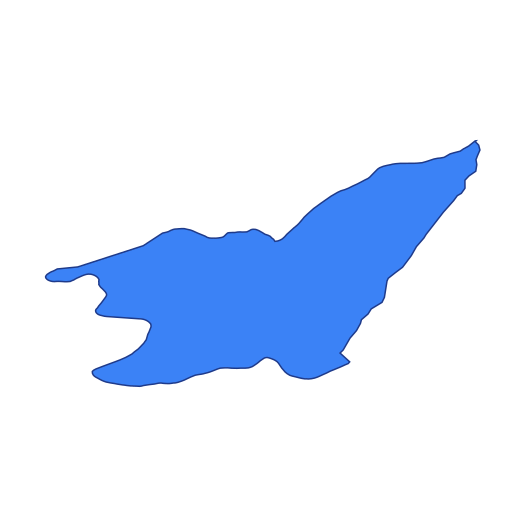 the district of Chalon, Anse-la-Raye, Saint Lucia, rotated 99°
{"feature_id": "8701671B73025224751915", "entity_name": "Chalon", "entity_type": "district", "adm_level": 2, "iso_a3": "LCA", "parent_name": "Saint Lucia", "parent_adm1": "Anse-la-Raye", "projection": "equal_earth", "projection_center": [-61.044, 13.92], "detail": "fine", "context": "isolated", "style": "filled", "palette": "blue", "viewbox_px": 512, "rotation_deg": 99, "n_neighbors": 0, "source": "geoboundaries", "source_scale": "gbopen_adm2", "svg_char_len": 4488}
<svg xmlns="http://www.w3.org/2000/svg" viewBox="0 0 512 512"><g transform="rotate(99 256 256)"><path d="M107.8,56.7L108.0,57.5L114.2,63.2L117.8,67.9L120.5,70.7L123.1,76.7L124.8,80.3L127.0,83.0L127.9,84.1L129.1,85.6L130.4,89.3L131.1,92.0L132.4,95.5L133.7,98.0L135.0,100.5L136.4,103.3L137.9,106.6L139.1,111.4L139.7,114.3L140.5,119.3L141.4,124.5L142.0,128.3L142.9,132.1L143.9,135.4L144.8,137.5L146.1,141.0L147.5,144.3L149.5,147.7L151.1,149.4L155.1,152.3L157.9,154.3L160.2,155.9L161.9,157.5L164.0,160.5L166.8,164.2L169.0,167.2L171.7,171.3L174.5,175.2L176.6,178.7L178.3,182.3L180.4,185.4L182.2,187.6L185.3,191.4L193.5,199.9L200.1,206.5L206.5,211.7L210.3,214.6L212.1,215.6L217.3,218.8L219.2,220.2L222.2,222.9L223.6,224.0L229.8,229.0L232.4,230.6L234.9,232.6L236.5,234.6L237.8,237.0L238.6,239.6L236.8,241.2L235.8,243.1L235.0,244.2L234.4,244.9L233.7,247.0L233.4,248.7L233.1,250.6L232.0,253.1L231.2,255.3L230.5,257.1L229.9,259.7L229.8,261.0L230.1,263.3L230.7,264.9L232.3,266.9L233.6,268.8L234.0,270.7L234.5,273.3L234.7,275.5L235.2,277.9L236.1,280.6L236.6,283.6L237.1,285.9L237.5,287.3L238.0,287.9L239.1,288.8L241.3,290.4L242.5,291.7L243.1,293.0L244.0,295.8L244.7,298.5L245.0,300.8L245.3,302.4L245.5,304.7L245.2,307.2L244.4,309.2L243.5,312.9L242.6,316.8L241.9,319.4L241.1,322.3L240.6,324.8L240.4,328.2L240.2,331.2L240.6,333.8L241.2,336.5L241.7,338.5L242.1,340.3L242.7,341.9L244.1,344.3L245.6,346.3L246.6,348.4L248.0,351.9L263.5,369.0L294.7,430.4L299.9,450.3L301.6,452.5L302.7,454.1L303.6,455.7L304.6,457.0L305.6,458.1L306.9,459.5L308.1,460.2L309.2,460.6L310.4,460.3L311.4,459.2L311.7,458.8L312.2,457.8L312.5,456.9L312.9,454.9L313.0,453.1L312.8,451.0L312.4,449.5L312.0,447.4L311.7,445.1L311.5,443.0L311.3,440.6L311.0,438.8L310.6,437.1L310.2,435.5L309.1,433.9L308.2,432.3L306.9,430.8L305.8,429.3L304.8,427.7L303.6,425.9L302.4,424.0L301.5,422.4L300.7,420.7L300.1,418.8L299.8,416.2L300.0,414.2L300.4,412.4L301.2,410.3L302.4,408.6L303.8,407.4L306.0,407.3L307.2,406.9L308.7,406.8L309.7,406.0L311.2,404.5L312.5,402.5L313.4,401.3L315.0,399.2L315.9,398.4L317.1,397.6L318.4,397.5L319.9,398.0L321.6,398.9L323.2,399.7L326.8,401.6L329.9,403.5L332.1,404.5L333.8,405.7L335.2,405.9L336.4,405.4L337.2,404.7L338.0,403.5L338.4,402.6L338.8,400.9L339.0,398.6L339.2,396.2L339.1,393.8L336.3,361.6L336.1,359.8L336.1,357.6L336.3,356.0L336.6,354.7L337.1,353.2L337.8,351.7L339.4,349.5L340.7,348.9L342.4,348.6L347.8,349.8L350.3,350.6L355.9,351.3L357.8,352.3L359.7,353.2L366.2,357.7L369.7,361.1L372.2,363.2L374.4,366.0L376.6,368.9L379.8,373.9L382.4,378.4L385.3,383.6L389.0,390.2L392.6,396.4L394.2,398.5L395.6,399.6L397.2,399.3L397.9,398.9L399.1,398.0L400.0,396.8L400.7,395.3L401.5,393.0L402.2,391.1L403.0,388.7L403.5,386.6L403.9,384.4L404.0,382.0L404.1,379.9L404.1,377.8L404.1,376.4L404.1,375.4L404.2,373.5L404.2,371.1L404.2,369.2L404.2,367.5L404.1,365.8L404.1,363.3L404.0,361.3L403.9,359.2L403.7,357.9L403.6,356.5L403.3,354.4L402.9,350.5L402.4,348.8L401.5,346.8L399.8,341.5L398.3,336.2L397.8,334.9L396.8,332.2L396.3,329.9L396.3,327.9L396.1,325.6L395.8,323.0L395.5,321.4L395.0,319.6L394.4,317.8L394.0,315.9L393.1,313.6L392.5,312.4L391.3,310.1L389.8,307.5L388.2,305.2L385.5,301.2L384.4,299.3L383.3,297.5L382.7,295.9L382.0,293.9L381.3,291.6L380.7,289.9L379.9,288.1L378.8,285.5L377.6,283.1L376.4,281.0L375.4,279.3L374.5,277.8L373.5,276.1L372.4,273.9L372.0,272.2L371.4,269.5L370.9,266.5L370.6,262.5L369.9,257.2L369.2,253.9L368.8,251.3L368.5,249.4L367.7,246.1L367.0,244.5L365.9,242.5L365.0,241.4L363.6,239.9L362.1,238.3L360.7,237.0L358.7,235.3L357.0,233.5L355.3,231.6L354.7,230.0L354.5,229.0L354.6,227.1L355.0,224.9L355.2,223.9L355.6,222.2L356.1,220.7L357.1,218.6L358.4,217.0L359.8,215.7L362.6,213.1L364.7,210.6L365.8,209.4L367.3,206.9L368.5,204.0L368.9,201.6L369.2,197.7L369.6,193.4L369.7,191.5L369.7,188.4L369.4,186.8L369.3,185.1L368.5,182.0L367.4,179.1L366.0,176.4L364.4,173.9L362.2,170.6L360.4,167.8L358.0,164.5L356.0,161.1L354.5,158.7L352.7,155.7L350.6,152.5L349.7,151.2L347.8,148.1L345.9,146.9L338.7,157.8L335.2,155.2L322.4,150.3L314.0,145.1L306.3,142.3L302.4,141.9L295.8,136.3L290.2,133.9L282.1,124.3L276.8,122.7L274.0,122.7L263.1,122.7L260.3,122.7L257.3,121.9L250.8,115.9L244.2,109.5L231.4,102.7L221.6,99.0L212.0,93.0L208.1,91.4L196.5,85.0L183.4,77.8L170.3,69.4L164.9,66.6L162.0,63.0L157.0,60.5L156.3,60.2L149.1,61.4L148.5,61.5L143.6,58.2L137.9,52.2L135.1,52.2L134.0,52.2L131.3,52.2L127.6,53.4L126.5,53.8L122.6,53.0L116.3,51.4L111.7,53.4L108.7,57.4L107.8,56.7Z" fill="#3b82f6" stroke="#1e3a8a" stroke-width="1.5"/></g></svg>